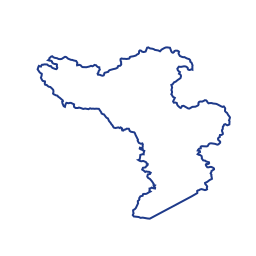 the district of Ataléia, Minas Gerais, Brazil, rotated 100°
{"feature_id": "56859067B60504101034226", "entity_name": "Ataléia", "entity_type": "district", "adm_level": 2, "iso_a3": "BRA", "parent_name": "Brazil", "parent_adm1": "Minas Gerais", "projection": "equal_earth", "projection_center": [-41.183, -18.216], "detail": "fine", "context": "isolated", "style": "outline", "palette": "blue", "viewbox_px": 256, "rotation_deg": 100, "n_neighbors": 0, "source": "geoboundaries", "source_scale": "gbopen_adm2", "svg_char_len": 5701}
<svg xmlns="http://www.w3.org/2000/svg" viewBox="0 0 256 256"><g transform="rotate(100 128 128)"><path d="M118.6,34.7L117.6,33.6L116.6,33.7L114.9,34.8L113.8,35.1L112.9,34.6L111.9,34.6L110.1,34.8L109.3,34.2L108.0,34.0L107.3,32.9L108.1,30.7L107.5,29.6L106.9,28.8L103.7,29.2L102.9,29.9L102.0,29.6L100.1,29.4L99.4,29.8L97.6,31.8L96.0,33.0L95.4,34.3L94.6,35.3L93.5,35.6L92.2,35.6L91.5,35.9L90.1,37.4L90.8,38.6L90.5,40.0L89.1,44.3L88.9,45.5L89.1,48.6L88.9,49.9L89.2,51.6L89.7,53.0L88.9,54.1L87.9,54.9L87.2,55.9L87.3,57.2L87.9,57.8L89.1,59.5L89.4,61.6L90.2,62.7L91.4,63.0L92.2,62.6L93.4,62.8L94.4,64.0L95.3,65.3L96.0,68.3L98.2,70.9L98.3,72.1L96.5,77.1L97.0,78.6L98.4,79.1L99.1,79.5L98.8,80.6L97.3,82.9L96.3,83.7L94.9,84.3L94.7,85.7L95.1,87.3L94.0,88.2L90.2,87.1L89.4,89.3L87.9,90.4L87.3,91.2L85.5,90.8L84.1,91.1L83.2,91.8L80.4,91.6L78.0,92.8L77.4,91.8L74.9,90.5L74.2,89.2L72.1,87.4L69.8,85.0L67.9,84.8L66.9,85.1L66.1,86.0L65.7,87.2L63.9,86.6L63.3,87.9L62.4,89.0L61.1,89.7L58.8,88.6L58.6,86.4L57.5,83.5L57.4,81.8L57.9,80.4L58.5,79.6L59.4,79.4L60.1,78.7L60.2,77.5L59.8,76.6L59.2,75.8L59.4,74.7L56.3,75.3L55.1,75.3L52.6,76.8L51.9,78.2L50.5,78.5L49.6,79.6L49.2,82.3L48.4,84.7L48.7,86.0L48.6,87.2L48.0,89.5L46.0,91.1L45.2,91.2L44.2,90.9L43.6,91.6L43.3,92.9L43.5,94.4L44.1,95.6L45.2,95.9L46.1,96.8L45.8,97.9L45.0,98.7L41.7,100.6L41.8,103.3L42.1,104.7L42.8,105.9L45.0,108.6L45.9,109.1L46.9,109.8L46.4,111.6L46.4,115.1L45.9,116.3L45.7,117.6L45.8,120.0L45.5,121.1L45.1,121.9L45.6,123.1L49.6,123.9L50.1,124.8L50.5,125.9L50.4,127.4L49.6,128.5L49.5,129.7L50.4,130.4L52.4,130.2L53.3,130.7L53.8,131.6L55.3,132.9L56.4,135.1L57.3,137.7L57.9,138.5L58.7,138.5L59.5,139.0L60.3,141.5L60.4,143.2L60.7,144.8L60.7,146.6L61.5,147.3L63.1,147.0L64.2,146.2L65.4,146.1L66.3,145.7L67.4,146.0L68.1,146.6L68.4,147.9L69.0,148.7L70.3,148.7L71.2,149.8L71.8,150.8L72.6,152.8L74.2,156.1L75.0,156.9L76.1,157.2L77.7,160.6L78.7,160.9L79.6,160.8L80.4,161.1L80.9,162.0L80.9,163.3L80.5,165.0L80.7,166.8L79.7,167.4L78.5,166.8L77.2,166.8L75.4,165.9L74.2,166.6L73.2,166.8L73.2,168.3L72.6,169.4L71.8,170.2L71.7,172.0L72.7,172.8L73.4,173.7L73.2,175.2L74.2,176.8L75.4,179.6L75.9,183.4L75.5,184.3L74.6,185.3L74.2,186.6L75.1,189.0L74.1,189.3L73.2,189.1L72.5,189.3L71.0,190.7L70.9,193.4L70.6,194.6L70.8,195.8L70.2,198.9L68.9,201.1L68.8,202.3L69.6,203.3L71.5,205.3L72.0,206.9L72.1,208.5L71.6,209.9L71.6,212.4L71.3,213.8L70.5,215.0L70.9,216.0L73.0,217.6L74.0,217.4L75.1,218.4L75.3,216.8L75.2,215.3L75.7,214.4L76.7,214.1L77.4,213.0L77.7,211.5L77.5,210.1L77.8,209.0L79.9,208.8L80.6,208.2L81.7,208.2L82.5,208.8L82.5,209.9L82.0,212.6L81.4,213.8L80.4,214.7L80.7,216.0L80.2,217.5L79.5,218.7L79.9,221.6L80.4,222.4L80.6,223.6L81.5,224.2L82.6,224.4L82.6,225.5L82.3,226.5L83.1,226.8L85.9,227.2L88.4,224.8L89.1,223.7L89.5,222.4L90.3,222.2L92.0,222.2L93.6,222.5L95.5,221.1L96.4,220.2L96.5,217.9L97.2,217.7L98.1,217.8L99.0,217.6L99.8,217.0L99.7,215.6L100.6,214.3L101.1,213.2L101.1,211.6L102.4,209.6L103.4,208.3L104.7,207.8L105.8,207.7L107.0,207.8L107.6,207.2L108.4,204.3L108.4,203.1L109.3,202.2L110.0,200.6L112.1,197.1L112.8,196.7L113.5,197.4L115.2,196.8L117.7,195.1L118.1,193.8L115.5,193.6L113.9,193.0L113.9,190.7L113.3,189.5L113.2,188.4L114.1,185.2L115.3,185.2L116.6,184.7L117.4,183.1L117.0,180.8L116.4,179.9L116.5,178.1L117.0,175.4L116.3,173.6L116.3,170.1L115.2,168.8L115.4,167.5L115.0,165.8L114.9,164.1L114.5,162.8L114.2,160.0L117.2,157.1L118.3,156.5L118.7,155.2L118.8,154.0L121.1,151.6L121.7,150.7L122.1,149.4L124.3,148.0L126.0,146.0L127.2,145.0L128.3,143.5L129.1,143.1L130.1,142.0L130.2,140.3L129.1,137.7L129.5,136.1L128.7,135.5L129.0,134.5L129.5,133.8L130.5,133.8L131.4,133.2L131.3,132.1L130.4,131.6L129.9,130.2L128.9,129.2L128.6,127.0L130.6,125.8L131.2,124.4L131.2,121.1L132.0,120.2L133.2,119.6L137.9,116.1L138.8,116.3L140.7,114.8L141.3,112.6L140.7,111.2L141.7,110.5L142.4,110.6L143.4,110.3L144.9,110.3L146.0,109.9L145.5,110.9L145.3,112.8L146.3,112.9L146.7,112.1L147.1,109.9L147.6,109.1L147.7,108.0L150.2,108.2L151.2,108.0L151.3,109.2L152.4,111.2L155.0,111.0L157.1,111.1L157.7,112.3L158.3,110.8L158.5,109.2L157.8,107.3L158.0,106.3L158.4,104.6L159.0,103.7L160.0,103.4L160.1,102.3L160.9,102.2L161.9,102.8L162.6,103.5L163.7,103.9L164.6,106.4L166.5,106.8L167.1,105.3L168.3,103.4L167.6,102.6L167.7,101.3L167.5,99.7L168.1,97.9L169.4,98.3L170.3,100.4L172.5,100.6L173.6,99.6L174.4,97.5L176.4,95.1L178.6,93.0L179.6,93.0L179.8,91.5L181.0,92.2L182.1,90.9L182.9,90.9L182.9,92.6L182.6,94.4L183.5,95.3L183.9,96.3L185.0,96.0L186.0,96.0L186.6,94.8L187.5,96.0L189.5,98.3L190.0,99.6L190.1,100.8L190.7,101.8L192.2,101.8L193.1,103.9L195.2,104.8L196.1,104.4L197.0,104.6L198.2,105.6L199.1,105.5L200.4,105.0L205.5,106.4L206.6,107.1L208.1,108.7L210.0,108.2L211.0,107.7L212.9,108.2L214.1,106.9L213.8,102.1L214.0,101.1L214.3,100.1L213.7,97.9L213.7,93.0L213.5,90.8L184.3,53.5L180.1,48.5L179.0,48.6L178.1,49.0L177.3,48.3L176.8,47.1L176.0,46.3L175.4,44.9L175.8,41.4L175.2,40.1L174.6,39.5L173.8,39.9L173.0,40.0L172.1,39.8L171.3,40.3L169.6,42.3L168.7,42.6L167.3,40.6L165.1,38.6L163.5,36.5L161.5,37.2L160.7,37.7L159.7,37.6L158.3,38.8L157.2,38.3L155.9,38.3L153.8,36.1L152.9,36.3L152.3,37.5L151.9,39.1L152.0,40.1L152.8,42.0L152.9,43.1L151.6,44.5L150.7,45.0L149.8,44.6L149.7,43.2L149.2,42.3L148.5,42.0L147.7,42.3L147.4,45.2L146.8,46.2L146.8,48.4L145.2,50.0L143.9,50.2L142.8,50.7L142.1,52.3L142.1,53.8L141.7,54.9L140.0,53.9L139.2,52.9L138.3,53.2L138.1,54.1L138.1,55.4L137.1,55.1L136.0,54.3L135.4,52.8L133.7,53.1L133.1,52.2L132.5,47.5L132.1,46.6L131.4,46.1L130.4,45.9L129.5,45.3L128.9,44.5L128.6,43.2L128.5,39.6L128.9,37.2L128.4,36.1L126.5,34.7L125.4,34.9L124.0,37.1L123.1,37.5L122.3,37.4L121.6,36.9L120.9,36.0L119.7,36.3L118.9,36.2L118.6,34.7Z" fill="none" stroke="#1e3a8a" stroke-width="2"/></g></svg>